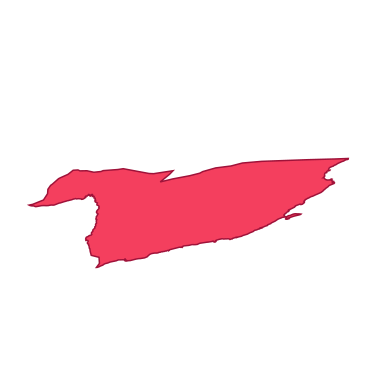 outline of Vadsø nor, Finnmark, Norway, rotated 342°
{"feature_id": "86288312B60394141718177", "entity_name": "Vadsø nor", "entity_type": "district", "adm_level": 2, "iso_a3": "NOR", "parent_name": "Norway", "parent_adm1": "Finnmark", "projection": "robinson", "projection_center": [29.594, 70.269], "detail": "fine", "context": "isolated", "style": "filled", "palette": "rose", "viewbox_px": 384, "rotation_deg": 342, "n_neighbors": 0, "source": "geoboundaries", "source_scale": "gbopen_adm2", "svg_char_len": 5788}
<svg xmlns="http://www.w3.org/2000/svg" viewBox="0 0 384 384"><g transform="rotate(342 192 192)"><path d="M267.8,184.4L248.9,180.0L237.1,179.3L221.9,176.4L208.5,175.9L205.2,176.5L194.8,175.8L177.7,173.6L164.9,172.6L176.4,168.1L180.5,165.9L161.1,162.7L156.8,161.1L133.8,148.6L128.4,147.7L114.1,144.2L111.8,144.4L104.8,142.9L98.6,139.3L92.0,137.3L90.4,135.8L85.7,134.6L79.5,136.9L71.0,137.8L69.2,138.1L61.6,141.4L59.6,142.0L55.8,144.9L54.1,149.0L48.3,153.7L36.7,154.5L33.0,154.1L33.6,154.7L34.9,155.5L35.6,155.8L37.1,156.3L38.5,157.5L39.5,157.8L44.7,158.5L46.9,159.1L49.3,160.0L51.2,160.5L53.1,160.7L54.5,161.0L55.9,161.6L57.1,161.8L62.2,161.5L63.4,161.7L67.3,161.7L68.8,161.8L70.8,161.8L71.9,162.0L72.9,162.0L75.2,162.2L77.3,162.1L78.4,162.3L79.1,162.2L80.0,162.9L81.8,163.2L84.4,164.3L84.7,164.6L84.7,164.8L85.4,164.9L85.7,165.1L86.7,165.0L87.6,164.8L87.8,164.6L89.1,164.4L88.9,163.9L89.7,163.5L89.8,163.4L89.6,163.2L89.8,163.1L91.0,163.5L91.5,163.0L92.5,163.1L92.7,162.6L92.9,162.5L93.1,162.4L93.4,162.7L93.6,163.0L93.6,164.1L94.0,164.5L94.7,164.5L94.8,164.3L94.6,163.9L95.2,163.5L96.1,163.4L96.5,163.6L96.5,163.8L95.7,164.4L96.7,164.7L96.7,165.2L96.3,165.6L97.4,166.0L97.1,166.3L97.2,167.1L97.0,167.4L97.0,167.5L98.0,168.0L97.8,168.8L97.4,169.4L97.8,170.0L96.9,170.5L97.3,171.0L97.0,171.4L97.0,171.6L98.6,173.2L98.1,173.7L97.9,174.4L97.6,174.7L97.7,175.2L98.9,176.1L99.0,176.4L99.1,177.2L98.6,177.7L98.8,178.3L98.7,178.6L97.7,179.4L96.8,179.8L95.3,180.9L95.3,181.4L94.9,181.7L95.0,182.0L95.1,182.3L95.1,182.9L95.4,183.3L95.8,183.6L95.8,183.9L94.7,184.8L94.6,185.2L93.6,185.7L93.3,186.0L93.2,186.3L92.8,187.3L92.3,187.8L92.2,188.1L92.8,188.7L92.9,189.0L91.9,190.0L91.9,190.9L91.6,191.5L91.6,192.1L91.4,192.3L90.6,192.6L90.3,192.9L90.0,194.3L89.8,194.6L88.9,195.0L88.6,195.3L88.7,195.9L88.6,196.2L86.6,197.1L85.9,197.6L85.6,198.6L85.3,199.0L84.2,199.3L83.9,199.5L83.4,200.8L83.5,201.5L82.7,201.8L80.8,201.7L79.3,202.2L77.9,202.3L77.3,202.5L76.9,203.1L76.4,203.7L76.3,203.9L76.6,204.5L76.2,205.0L76.1,205.3L77.9,205.8L78.0,206.0L78.1,206.7L78.0,207.0L77.0,207.7L76.7,208.2L76.8,209.0L77.6,209.7L77.2,210.6L77.4,211.5L77.0,213.8L77.3,214.4L76.8,217.2L76.6,221.1L83.4,225.4L81.9,231.3L77.8,234.2L78.5,234.4L80.4,234.4L82.0,234.1L84.5,234.0L86.3,233.4L87.3,233.3L90.2,233.5L92.3,233.3L98.7,234.0L100.9,233.8L105.7,235.2L106.5,235.7L106.8,236.2L106.8,236.5L106.9,236.3L106.7,236.0L107.2,235.2L107.4,235.0L107.7,235.0L107.7,235.3L107.4,235.4L107.3,235.8L107.1,236.5L107.4,236.5L107.2,236.4L107.3,236.2L107.5,236.2L108.6,236.6L108.6,236.8L108.9,237.1L108.5,237.4L111.1,237.8L111.7,238.1L118.2,238.5L120.7,238.9L122.2,239.3L126.6,240.0L129.7,239.7L130.5,239.1L132.8,238.2L134.6,238.1L137.5,238.5L139.3,239.1L140.9,239.4L141.6,239.2L143.6,239.5L144.6,239.4L145.2,239.5L145.6,239.8L146.1,239.7L147.7,240.0L148.5,239.9L149.3,240.2L150.5,240.0L151.5,240.3L151.5,240.5L151.7,240.4L152.1,240.3L152.1,240.5L152.3,240.5L152.4,240.4L152.1,240.2L153.1,240.0L162.8,240.6L163.7,240.8L164.0,241.1L165.0,241.3L165.5,241.7L165.8,241.5L165.3,241.3L165.7,241.0L167.4,240.7L172.6,241.8L175.7,242.0L178.5,243.0L180.9,243.5L182.9,243.2L183.8,243.2L190.9,244.4L190.8,244.8L191.0,244.5L195.4,245.2L196.2,245.2L196.2,245.3L197.4,245.5L197.7,246.0L197.4,245.9L197.5,246.1L196.9,246.1L197.5,246.2L197.5,246.4L198.1,246.6L198.5,246.6L198.4,246.6L198.5,246.7L199.1,246.6L199.8,246.1L199.6,245.5L200.3,245.4L202.8,245.4L204.9,245.6L205.0,245.7L206.0,245.7L207.8,246.6L209.5,246.9L209.7,247.1L211.8,247.6L213.0,248.2L213.4,248.9L215.0,248.8L215.6,249.1L216.3,248.7L218.9,248.7L219.7,248.6L221.0,248.9L220.8,249.1L223.1,249.1L223.3,249.2L225.4,249.4L227.0,249.1L231.6,249.2L234.5,248.7L237.8,248.5L239.8,247.8L241.8,248.0L243.7,247.8L244.4,248.0L245.2,247.8L246.2,247.8L245.9,247.6L246.7,247.5L246.5,247.3L248.7,247.4L251.2,247.1L253.1,247.2L253.6,247.0L253.6,246.7L254.2,246.5L257.1,246.4L258.0,245.9L262.0,245.4L265.0,244.5L266.4,244.3L269.1,244.2L269.6,244.0L271.0,244.2L272.2,244.4L274.1,245.2L274.1,245.9L273.6,246.4L273.0,246.4L273.2,246.5L272.1,246.3L272.9,246.7L273.1,247.0L274.3,247.3L275.5,247.3L275.2,247.0L275.6,246.7L278.5,246.5L281.8,246.5L287.1,246.9L288.4,246.9L288.8,246.7L286.8,245.8L284.7,245.1L284.2,244.8L282.4,244.4L281.2,244.3L278.2,244.6L276.4,244.3L274.6,244.7L273.9,244.6L273.1,244.2L272.6,243.6L272.3,242.8L272.3,242.7L272.3,242.3L273.3,241.9L273.7,241.4L274.0,241.3L275.4,241.0L275.9,240.6L276.8,240.3L277.6,240.4L278.1,240.1L277.5,239.9L278.0,239.1L278.6,238.8L280.2,238.8L284.7,238.1L285.3,237.8L285.1,237.7L286.2,237.1L291.0,236.9L291.7,237.4L291.7,237.6L293.1,237.7L294.4,237.3L294.4,237.1L294.7,236.9L295.3,236.9L295.7,236.6L295.8,236.2L295.6,235.4L296.1,235.1L296.5,235.1L296.6,234.8L296.8,234.6L297.4,234.5L297.6,234.2L299.0,234.1L299.9,233.7L301.2,233.8L301.9,233.5L304.2,233.2L305.4,233.3L309.3,232.8L309.8,232.8L314.5,232.3L316.9,231.5L317.7,230.9L319.0,230.6L319.9,230.0L323.0,229.0L324.4,228.2L329.7,227.8L330.3,227.4L330.1,227.1L330.2,226.8L329.0,226.7L328.6,226.5L328.9,226.3L328.6,225.8L329.5,225.4L329.0,225.1L328.7,224.7L328.8,224.0L328.0,223.8L327.9,223.4L328.1,223.1L329.0,222.9L328.9,222.8L328.3,222.7L326.7,223.1L324.3,222.4L323.3,221.7L322.8,221.3L322.2,220.2L322.0,219.3L321.5,219.1L322.0,219.0L322.4,218.2L323.3,217.8L323.2,217.0L323.4,216.5L324.1,215.3L325.1,215.0L325.6,215.2L326.1,215.2L326.4,214.8L326.4,214.5L326.3,214.3L326.4,214.2L327.6,213.8L328.2,213.8L328.4,213.9L328.5,214.1L328.8,214.0L328.7,213.9L328.9,213.9L329.7,214.1L329.9,213.9L329.3,213.8L328.9,213.5L328.8,212.7L329.9,211.6L331.3,211.1L331.6,211.2L333.1,211.0L334.2,211.1L334.9,210.8L336.1,210.5L336.9,210.6L339.5,209.9L343.9,209.4L346.1,209.4L346.7,209.1L348.9,208.9L349.4,209.1L350.6,209.1L351.0,208.4L338.6,204.9L312.2,197.1L267.8,184.4Z" fill="#f43f5e" stroke="#9f1239" stroke-width="1.5"/></g></svg>